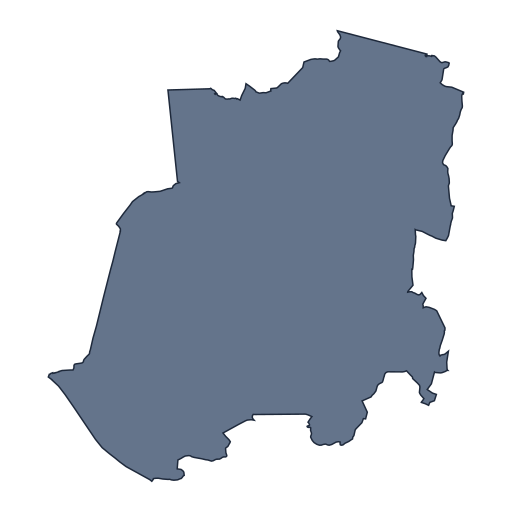 the district of Manatí, Atlántico, Colombia
{"feature_id": "7082276B98170860675351", "entity_name": "Manatí", "entity_type": "district", "adm_level": 2, "iso_a3": "COL", "parent_name": "Colombia", "parent_adm1": "Atlántico", "projection": "mercator", "projection_center": [-74.975, 10.456], "detail": "fine", "context": "isolated", "style": "filled", "palette": "slate", "viewbox_px": 512, "rotation_deg": 0, "n_neighbors": 0, "source": "geoboundaries", "source_scale": "gbopen_adm2", "svg_char_len": 5958}
<svg xmlns="http://www.w3.org/2000/svg" viewBox="0 0 512 512"><path d="M447.3,369.6L447.1,369.6L446.7,362.1L448.4,351.2L445.2,353.9L444.0,354.5L442.8,354.6L440.6,355.2L440.0,356.0L439.4,355.2L439.0,354.1L438.9,352.5L439.3,349.5L439.8,348.1L440.3,345.6L442.2,340.3L444.2,333.9L444.4,332.4L444.3,330.9L444.9,330.2L445.0,327.9L436.7,310.8L434.5,309.4L429.3,307.4L426.1,306.8L424.6,307.2L423.2,307.8L423.2,305.9L422.8,304.1L426.0,298.3L423.4,295.5L421.8,292.5L420.2,294.3L419.2,294.8L418.6,294.9L417.2,294.5L414.8,293.1L412.9,292.5L412.3,292.0L411.6,291.7L409.4,291.8L407.7,292.2L407.8,291.5L413.0,285.2L411.9,276.8L411.8,269.2L412.5,269.3L412.8,267.6L413.5,259.7L413.3,255.4L413.9,251.8L414.1,248.5L414.6,247.5L414.9,245.2L415.3,244.0L415.5,242.9L415.8,236.4L415.5,234.7L415.2,229.5L415.9,229.9L422.2,231.4L427.2,234.0L430.2,235.5L431.7,236.0L435.8,238.2L442.1,240.1L445.8,240.7L447.4,237.9L448.5,235.6L450.3,225.7L450.7,224.6L450.6,224.1L451.3,221.2L452.4,218.3L452.5,217.4L452.3,213.4L453.2,210.8L454.3,206.3L451.2,205.8L449.5,198.3L448.4,186.0L448.5,185.4L449.3,183.1L449.3,182.0L449.1,178.6L448.6,175.9L447.9,173.4L447.7,171.8L447.9,168.5L447.1,167.1L446.1,165.9L445.3,165.4L443.8,164.8L443.4,164.4L442.6,162.9L442.6,162.2L442.8,160.6L445.2,155.6L449.3,148.8L450.5,147.0L451.9,145.5L452.3,144.3L452.3,143.3L452.1,140.8L452.1,135.5L453.0,130.4L453.2,127.6L455.5,124.1L456.9,121.7L457.4,120.3L458.6,118.4L459.7,115.0L460.3,111.9L461.2,109.4L462.2,107.7L462.4,106.1L461.9,100.8L461.7,95.8L462.3,94.0L462.0,93.6L462.6,93.9L462.7,93.4L463.4,93.8L463.7,92.2L451.8,87.2L446.3,86.6L444.7,86.1L442.2,84.6L440.2,82.8L441.8,80.2L442.1,79.3L443.7,69.0L444.3,68.4L446.5,67.6L447.9,66.9L448.7,65.4L449.2,63.1L448.5,62.6L445.9,61.9L445.0,61.8L442.2,62.6L441.2,62.5L440.0,61.7L435.8,57.0L434.4,55.9L432.5,55.6L432.5,55.8L431.7,55.6L431.5,56.4L430.0,55.9L426.8,55.7L426.6,56.6L425.9,56.5L425.9,56.0L425.4,55.9L425.3,55.5L425.8,55.5L425.9,54.8L426.9,54.9L427.0,54.1L337.3,30.7L337.6,31.7L339.8,34.7L340.5,36.5L340.6,37.3L340.4,38.2L340.1,38.9L338.5,40.9L338.3,41.6L338.0,45.9L338.0,46.8L338.4,47.8L340.0,50.2L340.6,50.8L339.6,52.7L338.4,56.9L334.6,60.3L333.7,60.7L331.0,61.3L329.6,61.4L328.6,60.0L327.7,59.4L326.6,59.1L323.4,59.1L320.0,58.8L316.9,59.2L316.1,58.9L314.2,58.9L310.9,59.4L304.0,62.0L302.7,67.6L287.7,83.3L286.0,82.9L284.2,82.9L282.8,83.2L281.4,83.7L277.8,87.2L276.7,88.0L270.9,88.6L270.7,90.3L270.9,91.0L266.0,92.8L263.2,92.6L259.4,93.2L255.9,91.8L255.6,91.1L254.7,90.1L249.5,86.1L246.0,83.7L245.2,88.4L241.7,95.5L240.1,100.1L237.4,98.7L236.7,99.0L235.8,98.2L234.7,98.5L233.7,98.3L232.0,98.2L229.7,99.0L228.8,98.9L227.4,99.1L225.6,99.0L225.0,98.6L223.5,97.1L222.5,96.6L222.5,96.9L220.2,96.5L218.3,95.7L217.4,94.9L216.9,94.0L217.0,93.7L216.4,93.2L215.2,94.3L214.7,93.8L216.1,92.8L214.2,90.4L212.1,89.6L211.7,89.1L210.7,88.3L210.3,88.6L209.2,88.8L167.9,90.0L168.1,91.6L177.5,181.3L179.3,182.7L175.9,183.6L173.4,185.6L173.0,186.3L172.6,187.7L172.0,188.2L167.6,188.8L160.2,191.3L153.8,191.9L151.4,192.0L148.1,191.6L146.6,191.8L143.8,193.7L143.8,193.3L141.9,194.9L138.8,196.6L132.5,201.6L130.1,205.1L123.6,213.4L117.0,222.5L116.6,223.1L116.4,223.7L116.5,224.2L118.7,226.3L120.4,228.8L120.4,230.0L120.1,231.1L120.4,231.2L115.3,251.1L112.8,261.4L110.6,269.4L103.6,296.8L96.4,326.2L93.0,338.1L90.4,349.6L89.6,352.0L89.6,353.1L89.3,353.8L89.0,354.3L86.9,356.3L84.1,359.4L83.6,360.5L83.4,361.7L82.5,362.7L81.4,363.1L75.8,363.9L74.6,364.3L74.0,365.3L73.9,368.0L73.0,370.0L70.4,370.0L62.1,370.5L59.4,371.3L59.1,371.4L59.2,371.6L54.8,373.0L54.8,372.8L53.0,373.4L52.8,372.7L50.7,373.5L49.9,374.3L49.3,374.3L48.3,377.0L51.8,379.6L51.7,379.7L58.5,386.0L65.1,394.6L73.8,407.2L95.5,439.4L102.2,447.7L109.7,453.9L114.9,457.9L120.0,462.1L126.1,466.6L149.7,479.6L151.8,481.3L153.1,479.6L153.4,478.6L155.5,478.3L158.2,478.2L162.7,479.0L168.0,479.4L169.7,479.3L171.5,479.9L173.8,480.2L177.2,479.9L178.0,479.7L179.9,478.8L181.0,478.6L181.9,477.8L183.4,475.8L184.2,475.4L183.9,472.6L183.8,472.1L183.2,471.2L182.5,470.5L181.0,469.4L177.2,468.9L177.9,460.0L180.5,458.7L183.5,456.9L185.3,456.0L188.6,455.6L190.4,455.8L191.7,456.7L194.1,457.4L201.9,458.8L205.6,459.7L208.0,460.0L210.1,460.7L211.5,461.1L213.3,460.7L215.1,459.7L216.5,459.2L219.5,459.1L220.9,458.4L222.1,457.5L223.6,456.9L225.6,456.9L226.1,456.7L226.7,456.1L226.8,455.4L225.9,452.8L225.6,449.0L225.6,448.3L226.0,447.7L227.4,446.8L228.0,446.2L229.1,444.1L229.9,442.8L230.3,441.7L228.9,439.6L225.6,436.3L223.0,433.0L238.6,424.4L245.7,420.7L247.2,420.1L250.1,419.8L251.9,419.8L254.1,420.2L253.0,418.9L252.5,418.0L252.3,417.4L252.4,415.8L253.2,414.4L254.9,414.5L305.1,414.1L305.9,414.2L308.1,414.9L311.9,416.6L310.1,418.9L308.0,422.2L308.9,423.2L309.5,424.7L309.5,425.1L309.2,425.5L307.3,426.1L307.1,426.4L307.4,427.0L308.2,427.4L310.2,427.4L310.7,427.8L310.6,430.5L311.4,432.8L311.5,433.8L311.2,435.0L310.7,436.2L310.7,437.3L312.3,440.5L314.1,442.6L316.8,444.3L319.4,445.2L321.5,445.1L323.0,444.5L325.2,444.1L326.0,444.2L327.5,444.9L329.2,445.2L331.7,444.5L336.1,442.1L338.4,441.7L340.1,442.0L340.1,444.0L340.3,444.8L340.6,445.0L341.5,445.2L342.9,444.9L343.4,444.6L344.9,443.3L348.9,441.4L351.0,439.9L352.5,439.0L352.8,437.1L353.9,435.6L355.2,429.9L356.0,428.8L361.9,422.7L363.4,418.6L365.6,418.9L367.3,412.2L362.1,400.9L371.1,396.9L372.1,395.3L373.8,393.8L375.9,391.0L377.1,386.6L377.6,385.4L378.5,384.4L379.6,383.6L381.9,382.5L382.5,381.9L383.2,379.9L383.7,377.7L384.2,376.3L384.7,374.2L385.4,373.2L386.1,372.5L387.7,371.8L402.6,371.9L404.8,371.5L406.5,370.8L410.7,375.3L412.2,376.7L412.5,377.3L412.6,378.3L412.7,378.6L417.4,383.0L419.5,385.3L419.8,386.4L419.9,387.4L419.4,392.4L419.7,393.3L420.7,395.0L423.9,398.6L422.7,400.5L421.5,401.9L421.3,402.4L425.2,403.7L428.6,405.3L429.8,402.4L434.4,400.7L436.4,394.4L432.5,393.1L427.2,389.5L431.4,383.8L434.5,372.0L435.0,372.4L435.5,372.5L440.3,372.9L441.9,372.7L445.2,371.5L447.1,370.4L447.8,370.4L447.3,369.9L447.3,369.6Z" fill="#64748b" stroke="#1e293b" stroke-width="1.5"/></svg>